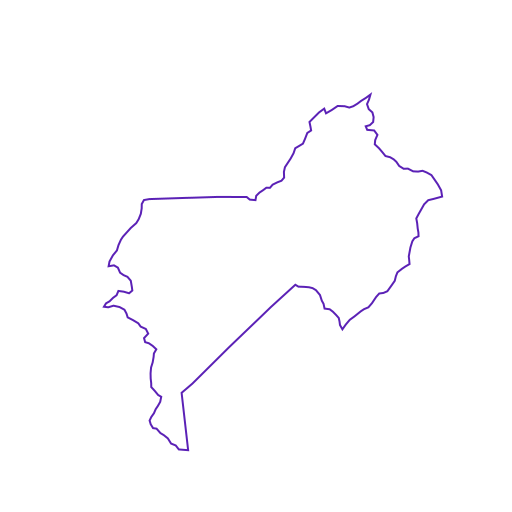 Ponto Belo, Espírito Santo, Brazil (Mercator projection), rotated 43°
{"feature_id": "56859067B23060074651511", "entity_name": "Ponto Belo", "entity_type": "district", "adm_level": 2, "iso_a3": "BRA", "parent_name": "Brazil", "parent_adm1": "Espírito Santo", "projection": "mercator", "projection_center": [-40.512, -18.26], "detail": "fine", "context": "isolated", "style": "outline", "palette": "violet", "viewbox_px": 512, "rotation_deg": 43, "n_neighbors": 0, "source": "geoboundaries", "source_scale": "gbopen_adm2", "svg_char_len": 2583}
<svg xmlns="http://www.w3.org/2000/svg" viewBox="0 0 512 512"><g transform="rotate(43 256 256)"><path d="M296.5,392.8L298.5,341.5L300.5,305.5L301.0,296.9L301.7,283.2L304.4,250.2L307.9,249.5L312.3,245.7L316.1,242.7L319.3,240.9L323.1,240.1L329.4,240.9L334.6,243.8L338.0,244.9L342.0,247.7L346.2,244.7L350.2,244.3L354.8,244.5L358.8,244.9L361.7,246.9L364.5,249.2L369.2,250.7L368.4,244.8L368.1,238.7L369.2,233.1L370.4,224.8L371.3,221.1L373.2,216.9L373.0,211.4L372.4,207.8L371.8,204.0L371.7,199.4L374.4,196.1L376.1,192.2L375.2,185.1L374.4,179.5L372.1,175.4L370.6,171.5L371.5,165.7L372.4,161.8L373.8,157.2L370.7,154.4L368.0,152.1L363.1,144.4L360.3,138.6L359.7,135.0L361.4,130.7L358.8,128.1L355.5,125.6L351.5,122.1L347.6,119.2L346.2,113.9L345.0,108.9L343.7,103.5L343.9,97.7L346.9,93.2L351.6,85.6L346.6,81.7L340.1,79.6L335.1,78.5L329.1,77.2L323.9,78.5L319.7,80.1L317.0,83.7L313.2,86.9L307.5,88.5L304.5,91.5L299.3,92.5L294.4,91.4L290.8,91.4L286.7,92.3L282.5,94.6L277.6,93.9L272.4,93.3L266.7,93.3L264.1,89.9L262.2,84.6L256.8,83.6L251.3,87.9L247.8,86.3L250.0,82.7L250.3,78.1L247.3,74.2L243.2,71.6L238.3,71.7L233.6,69.2L232.0,64.6L229.6,59.9L228.5,65.6L227.1,70.8L226.3,75.4L225.0,80.1L223.0,83.8L218.7,86.0L213.4,90.6L211.8,97.7L209.9,103.9L205.4,101.7L204.2,107.9L203.9,115.6L203.7,121.5L207.8,124.4L210.7,126.6L209.6,131.0L212.0,137.0L213.7,141.8L212.4,146.4L211.2,150.4L213.4,155.3L214.9,161.2L215.6,165.4L216.6,171.3L219.0,175.4L223.1,179.5L223.3,183.6L221.4,187.5L219.5,192.5L219.7,196.6L217.0,199.0L216.3,203.0L215.3,207.2L215.1,211.8L217.5,215.5L213.0,219.0L209.0,219.2L187.8,238.8L169.9,256.6L165.2,261.2L139.2,287.1L135.9,291.5L137.0,295.9L139.9,299.1L143.0,303.7L145.1,309.1L146.0,313.6L145.3,320.8L145.4,327.4L145.5,332.6L146.1,336.2L148.0,341.8L150.5,346.8L150.9,353.1L152.6,359.9L155.2,364.0L158.5,359.7L162.9,358.7L168.0,360.9L172.2,360.3L176.2,358.9L181.3,359.5L186.3,363.3L189.1,365.6L188.6,369.8L183.6,372.3L179.2,375.4L180.8,379.8L180.0,384.0L179.8,389.0L178.6,392.9L179.4,396.8L182.9,394.3L185.7,389.5L191.0,386.4L196.4,385.0L200.5,386.4L204.0,388.4L209.7,386.8L215.8,385.5L219.8,386.3L225.2,384.5L230.1,386.3L230.1,392.4L233.7,394.6L237.1,392.9L241.7,392.2L246.7,392.2L247.8,396.9L250.0,399.7L253.0,404.3L255.3,409.1L258.9,413.7L262.5,417.4L266.1,420.5L268.8,423.3L274.0,423.7L279.2,424.4L282.7,423.6L285.4,428.0L286.5,432.6L287.1,436.4L288.6,440.6L289.2,445.1L290.4,448.9L293.8,450.9L298.1,452.1L301.0,450.1L306.9,450.7L310.7,449.9L315.9,449.5L321.8,451.1L326.5,449.3L331.5,450.1L338.8,444.3L294.9,406.8L296.5,392.8Z" fill="none" stroke="#5b21b6" stroke-width="2"/></g></svg>